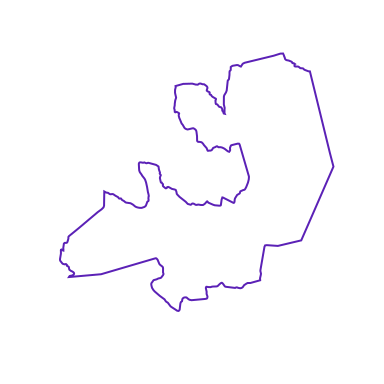 outline of Salta, rotated 345°
{"feature_id": "ARG-1303", "entity_name": "Salta", "entity_type": "Province", "adm_level": 1, "iso_a3": "ARG", "parent_name": "Argentina", "parent_adm1": "", "projection": "orthographic", "projection_center": [-65.55, -24.191], "detail": "fine", "context": "isolated", "style": "outline", "palette": "violet", "viewbox_px": 384, "rotation_deg": 345, "n_neighbors": 0, "source": "natural_earth", "source_scale": "10m", "svg_char_len": 6046}
<svg xmlns="http://www.w3.org/2000/svg" viewBox="0 0 384 384"><g transform="rotate(345 192 192)"><path d="M103.5,182.5L107.4,168.8L108.9,170.3L110.7,171.1L111.9,172.6L112.4,173.0L113.3,173.2L114.3,173.3L114.9,173.5L115.5,173.9L117.1,175.8L119.2,177.8L119.8,179.3L120.2,179.6L121.1,179.7L121.7,179.9L121.9,180.3L122.2,181.2L122.4,181.6L124.0,183.2L125.1,184.8L125.9,185.3L129.6,186.9L130.0,187.2L131.7,188.9L133.4,191.3L134.4,192.2L135.9,193.1L137.7,193.9L139.4,194.3L142.3,194.1L143.9,193.3L146.3,189.9L146.6,189.7L147.4,189.5L147.7,189.2L148.0,188.5L148.2,187.0L148.8,185.3L149.2,184.8L149.3,184.1L149.4,182.7L149.4,180.7L149.9,175.4L150.1,170.9L149.9,168.0L149.5,166.6L148.0,163.1L147.9,162.4L146.8,159.5L146.7,159.0L146.6,157.6L146.8,156.3L147.9,151.1L148.3,150.4L148.8,150.0L149.1,149.9L150.2,150.1L152.3,151.1L153.6,151.1L155.0,152.2L155.7,152.5L157.1,152.4L157.6,152.6L164.3,156.5L165.9,158.3L166.2,158.7L166.2,159.1L165.9,161.4L165.9,162.4L166.1,164.9L165.6,165.9L165.7,166.3L166.2,167.4L166.2,167.7L165.2,169.0L164.6,170.2L164.4,174.2L164.5,174.8L164.8,175.0L165.2,175.1L165.4,176.0L166.0,177.0L165.5,178.3L165.6,179.0L167.3,181.4L167.5,181.6L168.3,181.7L168.8,181.5L169.3,180.9L170.2,180.9L171.2,181.6L173.4,183.8L175.9,185.1L176.8,185.8L177.0,187.7L176.8,189.8L177.2,190.8L178.7,193.5L183.4,199.8L184.3,201.5L184.8,202.4L185.1,202.6L187.1,203.8L187.5,204.0L188.3,203.7L189.0,203.3L189.8,203.3L190.7,203.8L192.2,205.3L193.3,205.7L194.4,205.7L195.2,205.9L197.3,206.9L199.2,207.4L200.9,206.9L202.0,206.3L203.9,205.0L204.3,205.0L204.5,205.3L205.0,206.5L209.0,209.7L210.5,210.7L214.9,212.3L215.5,212.4L216.1,212.4L216.5,212.1L218.6,207.1L219.9,205.1L220.4,205.3L229.2,213.2L229.6,213.3L230.0,213.1L230.5,212.5L231.2,210.6L231.7,209.6L232.4,208.8L234.9,206.5L237.5,205.8L237.8,205.6L238.5,204.4L238.9,203.9L239.8,203.7L240.7,203.6L241.7,203.4L243.2,203.4L243.7,203.2L244.4,202.6L245.7,201.2L248.5,197.4L250.1,194.5L250.9,192.2L251.0,191.6L250.3,158.9L250.2,158.1L249.9,157.5L248.4,157.1L242.6,157.0L241.6,157.2L240.1,159.2L239.7,161.4L239.3,162.0L238.3,162.8L237.1,161.9L234.6,158.6L232.8,157.0L231.4,156.2L229.2,155.6L228.0,154.3L227.2,154.3L226.3,154.6L223.9,154.9L222.2,156.4L221.7,156.7L220.7,156.8L219.4,156.5L218.3,156.4L218.0,156.3L217.8,156.0L217.7,155.5L217.5,153.5L217.3,153.0L215.7,149.8L215.2,148.3L214.4,146.8L213.9,146.3L212.4,145.6L211.0,145.2L210.5,144.7L210.2,143.9L210.3,143.4L211.3,139.4L211.9,135.0L211.9,133.7L211.6,132.9L211.1,132.1L210.4,131.3L209.6,130.7L208.3,130.6L204.3,130.5L203.7,130.4L203.3,130.1L202.3,129.4L201.6,128.6L201.3,128.0L200.4,124.6L199.7,123.2L199.1,118.4L198.9,117.5L198.9,115.0L199.1,114.2L199.9,112.8L199.7,112.3L198.1,110.8L197.7,110.6L197.0,110.7L196.5,110.7L196.1,110.2L196.5,107.9L196.4,106.8L196.7,105.9L197.7,103.9L198.2,102.3L199.5,99.2L201.0,96.9L201.1,96.6L201.2,93.2L201.3,91.7L202.1,88.9L203.1,87.1L203.4,86.5L203.5,85.4L211.5,85.3L220.3,87.4L223.6,89.3L225.4,89.8L227.1,89.2L228.5,89.5L229.4,90.2L230.4,90.8L231.4,91.0L231.8,91.3L233.5,93.5L233.9,94.5L233.9,95.3L233.6,96.0L233.0,96.7L232.5,97.9L233.1,98.8L234.7,100.1L234.8,100.6L234.4,101.6L234.4,102.1L234.6,102.5L235.5,103.1L235.6,103.4L235.9,104.5L236.6,105.5L239.2,108.1L239.1,108.8L238.3,109.8L238.2,110.4L237.8,112.4L237.9,113.2L239.1,114.0L240.3,116.7L240.9,117.1L241.9,117.6L242.5,118.8L242.6,120.1L242.3,121.3L242.8,122.1L243.0,124.4L243.9,124.9L243.8,124.2L244.9,120.3L245.3,119.3L245.4,115.7L247.5,108.1L248.2,106.9L250.6,104.6L251.8,102.9L255.3,93.8L255.7,93.4L256.6,92.9L257.0,92.4L258.5,88.6L259.3,85.8L259.7,85.0L260.6,84.5L261.0,84.1L261.8,81.3L262.7,80.9L263.9,80.6L268.3,81.0L269.3,81.4L271.2,83.2L271.7,83.5L273.9,81.5L274.7,81.1L276.5,80.8L306.1,81.5L313.1,81.2L315.8,81.8L316.2,84.2L316.1,85.1L316.4,85.8L316.3,87.4L316.7,88.3L317.3,89.0L319.5,90.1L321.5,91.6L322.1,92.2L322.4,93.5L323.3,93.8L324.0,94.3L324.3,94.7L323.9,94.7L324.2,95.4L324.0,95.9L323.7,96.4L323.6,96.8L323.9,97.3L324.5,97.6L326.8,98.2L327.6,98.9L328.7,100.4L331.1,101.3L331.5,101.7L331.8,102.5L332.6,103.3L335.8,105.6L337.1,106.0L335.3,189.8L335.2,204.1L299.4,249.0L285.0,267.0L261.0,266.3L250.5,262.7L248.8,262.5L247.8,263.7L237.9,285.1L237.6,286.0L237.5,288.7L237.1,289.7L235.4,292.9L235.0,294.9L225.4,295.0L224.7,295.0L222.2,294.3L220.8,294.6L218.5,295.4L218.0,295.6L217.1,296.5L216.1,297.2L215.0,297.5L214.1,297.5L213.1,297.2L211.6,296.4L210.8,295.8L210.0,295.6L208.8,295.8L200.1,292.3L199.4,291.8L199.1,291.2L198.4,289.2L197.8,287.9L197.3,287.4L196.2,287.5L194.9,288.1L192.4,289.5L191.5,289.6L187.0,288.6L185.3,288.7L183.0,288.0L181.8,287.4L181.3,287.3L180.8,287.7L180.5,288.4L180.3,292.2L180.0,293.2L179.7,294.3L179.9,296.7L179.8,297.3L179.3,298.3L178.8,298.7L178.6,298.8L177.0,298.7L163.6,296.4L161.6,295.4L160.5,294.1L159.5,292.6L158.9,292.2L157.3,291.9L156.5,292.0L155.8,292.3L155.3,292.6L154.9,293.1L154.1,294.9L152.8,295.5L152.3,296.1L151.8,297.0L149.6,302.5L148.8,303.2L148.2,303.4L147.9,303.3L146.9,302.8L145.6,301.3L142.6,298.0L141.7,296.9L140.0,292.7L138.8,291.4L138.4,290.8L137.7,288.6L134.0,284.0L130.2,278.4L129.3,276.6L128.6,274.2L128.6,272.2L128.7,270.9L128.9,270.1L129.4,269.4L130.7,268.4L131.8,267.4L132.3,267.2L135.2,267.2L137.1,266.8L139.0,266.9L139.8,266.8L140.2,266.6L142.4,264.9L143.1,264.1L143.2,263.8L143.3,263.4L143.2,262.2L144.3,258.2L144.4,257.2L144.1,256.5L143.6,255.7L142.8,254.7L142.0,253.5L141.8,252.7L141.2,248.4L140.5,247.1L140.1,246.7L139.7,246.6L138.2,246.6L82.9,247.9L51.1,242.3L51.3,242.1L52.1,241.5L52.8,241.5L53.6,241.6L54.6,241.6L55.6,241.4L56.5,241.0L57.0,240.3L57.0,239.3L56.0,238.0L54.5,236.7L53.4,235.2L53.5,233.3L53.6,232.8L53.5,232.4L52.8,231.5L52.1,230.9L52.1,230.4L52.3,230.2L51.9,229.4L51.6,229.0L51.1,228.9L50.2,228.9L48.7,228.0L48.3,227.5L47.0,224.5L46.9,223.6L47.2,222.5L49.4,217.7L49.9,215.9L50.2,214.5L50.5,213.9L51.2,213.8L52.1,215.0L52.6,215.3L52.9,214.3L53.2,212.7L54.9,208.7L55.8,208.2L57.4,208.6L58.2,208.5L58.8,207.9L60.5,205.1L60.9,203.7L61.1,203.3L61.9,202.7L72.6,197.9L95.6,187.1L100.2,185.3L102.5,184.0L103.5,182.5Z" fill="none" stroke="#5b21b6" stroke-width="2"/></g></svg>